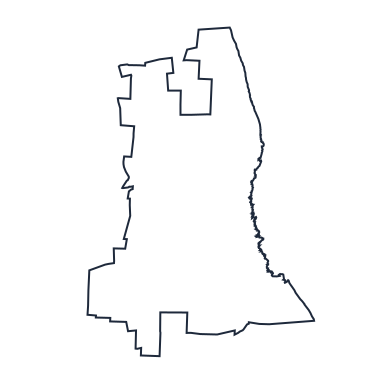 San Felipe, Yucatán, Mexico, rotated 86°
{"feature_id": "50627088B38726210466963", "entity_name": "San Felipe", "entity_type": "district", "adm_level": 2, "iso_a3": "MEX", "parent_name": "Mexico", "parent_adm1": "Yucatán", "projection": "orthographic", "projection_center": [-88.314, 21.495], "detail": "fine", "context": "isolated", "style": "outline", "palette": "slate", "viewbox_px": 384, "rotation_deg": 86, "n_neighbors": 0, "source": "geoboundaries", "source_scale": "gbopen_adm2", "svg_char_len": 6011}
<svg xmlns="http://www.w3.org/2000/svg" viewBox="0 0 384 384"><g transform="rotate(86 192 192)"><path d="M329.0,79.2L327.3,79.4L324.4,81.0L320.9,82.3L317.9,83.8L312.0,87.7L311.7,87.6L308.6,89.7L306.3,91.6L299.7,95.7L297.1,96.7L289.8,101.1L287.1,101.8L286.7,102.3L286.9,102.5L287.4,102.4L287.6,102.6L288.9,105.2L289.0,105.7L288.6,105.8L288.1,105.4L287.9,104.8L286.5,105.2L285.9,107.0L285.4,106.3L280.7,106.7L280.2,107.7L280.2,109.3L279.9,109.8L280.1,110.2L280.4,110.2L280.7,111.0L281.8,110.4L282.1,113.3L281.7,117.4L280.8,118.2L280.2,118.1L278.8,116.9L278.2,117.1L277.0,117.9L277.2,118.2L278.0,118.5L277.9,119.0L277.5,119.2L277.2,119.1L276.8,119.5L276.7,120.0L276.4,119.8L276.3,120.3L276.9,121.6L276.8,122.1L276.4,121.9L276.0,122.1L275.7,121.8L275.4,122.1L275.0,121.5L274.9,121.7L274.5,121.3L274.0,121.8L273.4,121.5L273.0,122.6L271.7,122.6L270.4,122.0L270.0,121.4L269.8,121.6L269.5,121.4L269.4,121.8L269.1,121.4L268.7,121.3L268.1,121.4L267.9,121.6L266.3,120.8L265.8,120.9L264.0,122.7L263.5,123.3L263.6,123.8L263.1,124.1L262.5,123.7L262.0,123.7L261.0,123.4L260.7,124.6L260.3,124.6L260.4,124.2L259.9,123.7L259.5,124.9L259.1,125.4L258.8,125.0L258.7,125.4L258.3,125.5L257.9,126.2L256.9,126.1L256.1,126.6L256.1,127.1L255.8,126.7L255.7,126.7L255.4,127.1L254.9,126.8L254.6,126.9L254.6,128.1L253.9,127.4L253.7,127.6L253.8,128.1L253.2,128.1L252.7,128.7L252.6,129.2L251.4,129.6L251.1,129.4L250.7,128.7L250.4,128.8L250.1,128.4L250.1,129.0L249.7,128.9L249.6,129.2L248.0,129.3L247.9,128.7L247.3,128.7L246.8,128.1L247.1,127.7L245.2,126.0L244.4,124.3L244.0,124.1L243.4,124.1L243.3,125.1L242.7,125.2L242.3,125.8L242.1,127.9L241.0,128.1L241.1,128.9L240.7,128.4L240.6,129.1L241.0,129.6L241.2,130.1L240.9,130.6L240.9,131.2L240.7,131.4L240.5,130.3L240.1,129.8L239.8,130.1L239.6,129.8L239.8,129.6L239.6,129.4L239.4,129.7L239.2,129.0L238.9,129.2L238.2,128.9L238.4,128.2L238.2,128.2L238.1,128.5L237.7,128.5L237.1,127.8L236.3,127.8L236.1,128.0L235.8,127.9L235.2,128.6L235.1,129.3L234.7,129.0L234.2,129.6L233.8,129.9L233.9,130.6L233.6,131.0L233.4,130.3L233.0,130.0L232.8,130.1L232.7,130.6L231.7,130.4L231.4,130.6L231.4,130.9L231.0,131.0L230.5,130.7L230.3,131.0L229.8,131.2L229.9,131.8L229.2,131.7L229.1,131.9L228.8,131.9L228.4,131.3L227.9,131.4L227.8,131.7L227.1,131.8L227.0,131.5L226.4,131.2L226.2,131.9L225.5,132.4L224.9,131.6L224.3,131.9L223.7,130.9L223.3,131.0L223.2,130.4L222.7,130.3L222.6,130.0L222.0,129.7L221.4,129.9L221.5,130.2L221.9,130.2L222.1,130.7L221.7,131.8L221.7,133.0L222.2,133.8L220.8,133.4L220.8,133.1L219.7,132.4L218.9,132.2L218.7,132.1L218.7,132.3L219.2,133.1L218.6,132.8L218.2,133.5L218.1,133.0L217.3,132.6L217.1,132.1L216.9,132.1L216.9,132.7L217.2,132.7L217.5,133.1L217.0,133.6L216.7,133.1L215.2,133.1L215.0,132.7L214.0,132.4L213.5,133.0L211.5,132.6L211.2,132.8L211.2,133.1L210.4,132.5L209.3,132.2L209.0,131.9L208.9,132.7L208.5,132.5L208.3,132.8L208.9,133.9L208.1,134.0L207.2,133.7L206.3,134.7L205.6,134.3L205.4,133.6L204.4,133.6L202.8,132.8L202.4,132.9L202.2,133.3L202.8,134.6L202.6,135.0L202.4,135.1L202.5,134.7L201.4,134.4L201.0,134.9L200.4,134.2L200.4,133.5L199.8,132.9L198.5,133.2L197.0,132.7L196.6,132.8L196.5,133.0L196.0,132.4L195.4,132.5L195.0,131.9L193.5,131.4L193.0,131.5L191.7,130.8L190.9,131.5L190.2,131.4L189.7,131.1L188.5,131.2L188.2,131.7L188.2,132.0L186.5,131.4L186.5,132.3L186.2,132.4L185.6,131.9L185.3,131.9L185.1,131.6L185.3,131.2L184.8,130.4L183.4,129.4L182.8,129.3L182.2,127.7L181.7,127.5L180.3,127.3L180.2,127.9L179.5,127.4L179.4,127.6L178.9,127.6L178.2,128.1L177.5,128.0L177.3,128.3L175.3,127.7L174.6,128.0L174.3,127.9L174.6,127.5L174.2,126.2L173.4,126.1L172.4,124.6L171.5,124.1L170.7,122.9L166.2,120.8L165.3,121.0L165.3,121.6L165.5,122.3L164.2,122.6L164.1,123.2L164.3,123.5L163.5,123.4L163.0,122.3L162.7,122.2L162.8,121.3L158.4,119.7L158.0,119.8L156.5,119.0L155.7,118.9L155.3,119.2L154.3,118.5L152.6,119.2L151.4,119.2L151.5,118.2L151.0,117.5L150.3,117.2L149.3,117.1L148.5,117.3L148.0,117.9L147.3,117.9L147.0,119.1L146.4,119.5L145.6,119.1L145.1,119.4L144.4,119.3L144.1,119.7L143.5,119.5L142.7,119.8L141.1,119.6L140.8,119.8L140.2,119.7L139.8,119.2L139.6,119.3L139.5,119.8L136.3,119.4L135.6,119.5L134.5,119.2L133.6,119.4L133.0,119.3L129.2,119.5L123.7,120.7L116.3,123.3L115.4,123.8L113.4,124.1L112.6,124.4L111.5,124.2L109.2,125.5L105.8,126.0L105.1,126.4L105.1,126.6L105.3,126.7L105.0,126.8L103.6,127.1L103.2,126.9L101.7,127.5L100.0,127.6L99.5,127.3L98.7,127.5L97.3,127.7L95.6,128.4L95.0,128.0L94.0,128.1L91.0,129.1L88.3,129.0L86.0,129.8L83.6,130.2L82.0,130.2L80.4,130.5L76.8,130.5L74.6,131.1L70.8,131.4L69.4,132.1L68.4,132.4L67.2,132.4L64.4,133.8L61.4,134.4L59.1,135.5L54.5,135.9L52.9,136.7L50.9,137.4L47.3,137.8L44.1,139.4L40.7,140.7L33.4,141.8L30.6,142.9L30.5,174.1L48.1,177.3L49.6,186.9L60.1,191.1L60.1,188.1L61.6,175.4L79.5,177.5L81.0,164.4L115.9,168.3L115.6,171.0L114.9,188.2L114.2,198.1L104.0,197.4L90.1,196.1L89.2,208.7L72.2,208.7L71.9,202.3L56.7,202.8L57.4,215.2L59.9,229.6L62.7,230.0L61.9,235.7L61.0,246.2L60.2,247.7L60.6,254.6L61.6,256.2L72.3,253.9L70.8,244.7L71.7,244.4L74.4,245.0L94.8,247.0L93.2,258.9L93.3,259.5L97.0,259.2L103.3,257.8L120.4,258.4L122.4,245.1L129.5,246.2L133.1,246.5L152.7,250.1L151.8,257.2L157.1,258.3L159.5,258.4L162.4,258.1L167.1,256.6L172.2,254.0L173.5,254.0L175.8,255.3L176.1,256.2L181.5,260.3L183.1,261.3L183.3,260.7L183.0,255.6L182.8,254.7L182.4,254.4L182.3,253.8L182.5,252.8L182.2,250.6L185.0,251.0L185.3,252.5L187.0,254.9L194.0,256.6L194.3,254.4L200.8,255.0L211.5,255.3L234.1,263.3L234.5,260.3L243.9,262.6L242.8,274.0L255.4,274.5L257.5,274.8L257.9,280.2L258.4,283.8L263.0,299.9L282.8,302.2L298.3,303.6L307.2,304.8L308.5,296.4L310.5,296.7L311.9,282.3L315.4,282.7L317.0,266.7L326.4,265.5L326.2,257.5L344.3,259.2L344.6,257.5L344.0,253.6L351.5,254.4L353.5,235.8L330.1,233.3L328.7,233.5L309.9,232.0L311.9,205.1L332.2,207.2L332.4,203.1L334.3,193.5L335.9,176.8L333.1,159.0L337.3,159.5L335.7,155.7L334.6,154.1L333.5,151.1L332.6,150.1L327.9,146.3L327.4,144.6L325.9,144.4L328.3,134.1L329.3,124.3L329.0,79.2Z" fill="none" stroke="#1e293b" stroke-width="2"/></g></svg>